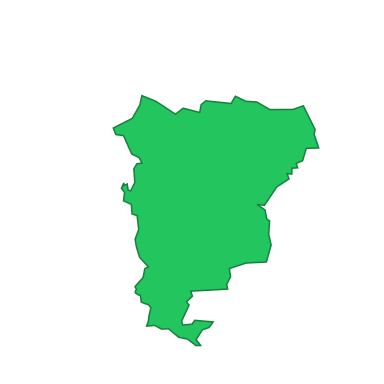 the district of Saraj, Saraj, North Macedonia, rotated 216°
{"feature_id": "65306769B68285102273894", "entity_name": "Saraj", "entity_type": "district", "adm_level": 2, "iso_a3": "MKD", "parent_name": "North Macedonia", "parent_adm1": "Saraj", "projection": "albers", "projection_center": [21.239, 42.003], "detail": "fine", "context": "isolated", "style": "filled", "palette": "green", "viewbox_px": 384, "rotation_deg": 216, "n_neighbors": 0, "source": "geoboundaries", "source_scale": "gbopen_adm2", "svg_char_len": 1358}
<svg xmlns="http://www.w3.org/2000/svg" viewBox="0 0 384 384"><g transform="rotate(216 192 192)"><path d="M152.6,327.2L158.9,318.1L177.4,304.5L192.5,302.9L201.8,297.0L213.2,295.0L212.4,286.6L234.5,273.8L235.9,267.9L232.5,260.9L248.4,254.6L251.1,245.2L274.2,244.2L289.2,240.5L285.3,231.6L283.6,216.5L293.3,197.5L287.4,193.7L280.5,197.3L263.0,187.3L255.0,188.7L249.5,186.0L253.2,182.3L252.7,176.6L243.8,166.0L242.3,156.8L244.8,156.0L249.1,160.4L250.8,157.3L252.5,159.3L251.3,153.5L246.4,152.1L242.2,144.6L233.8,146.3L227.6,139.0L222.5,140.6L213.1,130.4L210.2,120.2L204.8,115.0L196.0,108.3L183.2,105.8L185.1,102.2L181.3,94.0L182.5,81.9L179.8,80.6L179.3,77.8L178.4,77.1L174.5,77.3L173.4,78.0L171.9,77.0L168.3,73.1L163.9,74.2L161.1,75.3L157.3,74.3L154.2,66.9L151.4,61.9L149.9,56.8L143.7,62.2L136.0,63.2L130.6,67.6L117.4,66.6L109.1,70.4L98.5,70.1L94.8,72.9L101.9,75.0L102.6,86.5L98.5,92.4L98.5,99.3L114.4,89.8L114.3,85.2L121.3,78.8L124.5,81.6L127.9,98.8L131.9,100.0L130.4,108.0L134.8,111.0L106.1,134.4L109.6,137.7L111.0,146.2L116.8,152.0L106.5,166.3L90.7,179.1L96.8,195.6L105.2,203.0L112.2,214.2L115.7,214.2L122.3,220.4L132.1,220.2L125.6,223.8L126.4,245.9L121.2,259.6L125.8,262.7L121.8,265.2L125.1,270.0L120.7,273.7L124.5,276.3L120.9,282.3L125.2,294.5L115.4,302.1L127.0,310.4L129.2,314.9L152.6,327.2Z" fill="#22c55e" stroke="#15803d" stroke-width="1.5"/></g></svg>